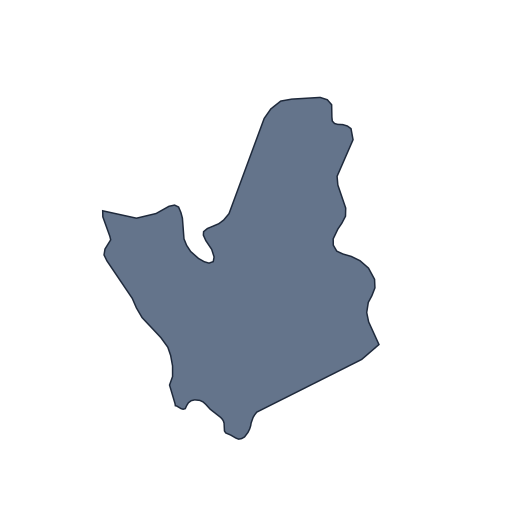 the border of Aïn Témouchent, rotated 305°
{"feature_id": "DZA-2144", "entity_name": "Aïn Témouchent", "entity_type": "Province", "adm_level": 1, "iso_a3": "DZA", "parent_name": "Algeria", "parent_adm1": "", "projection": "albers", "projection_center": [-1.072, 35.355], "detail": "fine", "context": "isolated", "style": "filled", "palette": "slate", "viewbox_px": 512, "rotation_deg": 305, "n_neighbors": 0, "source": "natural_earth", "source_scale": "10m", "svg_char_len": 1464}
<svg xmlns="http://www.w3.org/2000/svg" viewBox="0 0 512 512"><g transform="rotate(305 256 256)"><path d="M87.1,275.8L88.5,274.5L100.7,259.2L109.4,256.8L118.1,250.7L125.6,243.1L130.7,236.1L134.6,224.8L140.2,198.0L144.9,187.8L150.3,179.0L166.5,136.7L169.7,130.9L175.1,128.3L185.9,127.7L188.3,125.0L200.2,108.1L205.1,104.5L205.5,105.5L218.4,136.4L233.5,149.8L246.8,156.2L251.0,160.1L251.7,164.5L248.5,169.6L244.8,174.0L228.7,187.2L224.9,193.1L222.2,199.9L221.0,210.4L221.6,216.8L223.2,221.6L226.9,224.2L231.2,222.2L236.0,215.9L239.8,206.1L242.9,200.9L245.9,199.1L250.6,200.4L261.1,207.0L266.9,208.9L275.2,209.6L373.4,183.8L385.1,183.8L397.1,187.4L405.0,195.3L422.7,217.6L424.9,224.8L423.3,231.2L413.3,238.5L410.3,241.1L409.6,244.3L410.6,247.3L413.4,251.7L414.9,256.3L414.8,260.8L406.9,268.8L367.8,276.7L361.1,282.3L346.7,302.0L339.9,306.5L332.1,307.5L325.1,307.6L314.3,309.4L309.2,313.1L306.3,319.4L307.5,326.1L310.3,334.3L311.8,343.9L310.6,355.1L304.9,366.5L298.1,371.7L289.9,373.7L282.4,374.6L273.2,379.1L266.6,386.1L254.0,407.5L231.9,401.9L128.6,346.2L125.3,346.0L122.1,346.2L116.4,347.8L113.9,349.0L110.7,350.0L106.9,350.6L101.2,350.4L98.1,348.9L96.0,346.8L95.3,343.9L94.8,337.9L93.7,332.7L94.6,330.5L100.8,325.7L102.2,323.8L102.9,322.2L103.5,319.6L104.2,306.4L105.7,299.8L106.1,296.3L105.5,292.8L103.0,288.3L100.3,285.9L97.0,284.8L93.7,285.0L90.4,285.6L88.7,284.2L88.0,282.2L87.6,276.9L87.1,275.8Z" fill="#64748b" stroke="#1e293b" stroke-width="1.5"/></g></svg>